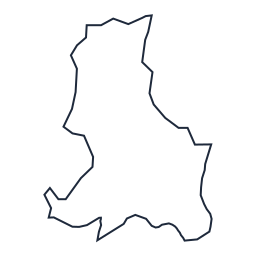 outline of Vecpiebalgas
{"feature_id": "LVA-5797", "entity_name": "Vecpiebalgas", "entity_type": "Municipality", "adm_level": 1, "iso_a3": "LVA", "parent_name": "Latvia", "parent_adm1": "", "projection": "orthographic", "projection_center": [25.724, 57.121], "detail": "fine", "context": "isolated", "style": "outline", "palette": "slate", "viewbox_px": 256, "rotation_deg": 0, "n_neighbors": 0, "source": "natural_earth", "source_scale": "10m", "svg_char_len": 1007}
<svg xmlns="http://www.w3.org/2000/svg" viewBox="0 0 256 256"><path d="M142.2,17.9L145.7,16.1L151.7,15.4L148.2,31.9L145.2,39.8L142.2,62.1L152.5,72.1L149.5,93.3L153.7,104.5L165.2,117.9L178.6,127.9L187.6,127.9L194.9,144.6L211.2,144.4L205.2,164.0L204.7,170.1L202.1,178.2L201.1,187.2L200.7,195.2L204.1,204.0L206.7,209.1L210.2,213.8L211.6,218.9L210.5,226.8L209.4,231.6L197.2,239.4L184.6,240.6L183.2,237.9L181.0,235.2L179.8,232.6L178.1,230.5L176.8,228.4L175.1,226.5L172.4,224.7L168.9,223.4L162.0,224.7L158.7,227.0L155.6,227.5L151.7,225.8L146.1,218.8L135.3,214.9L126.9,218.5L123.7,223.9L97.4,240.3L98.9,231.9L101.1,225.1L100.3,221.0L100.9,219.0L100.9,217.7L99.1,217.8L87.0,225.1L79.1,226.9L72.4,226.7L53.8,217.4L48.7,217.6L51.1,208.1L44.4,194.7L49.9,188.0L58.4,199.2L65.7,199.2L80.9,178.1L92.5,166.9L93.1,156.9L84.0,135.7L72.5,133.4L63.5,126.7L72.0,108.9L75.6,92.1L76.9,68.7L70.9,55.3L77.0,45.3L86.0,37.5L86.7,25.2L101.1,25.2L113.2,18.6L128.3,24.1L142.2,17.9Z" fill="none" stroke="#1e293b" stroke-width="2"/></svg>